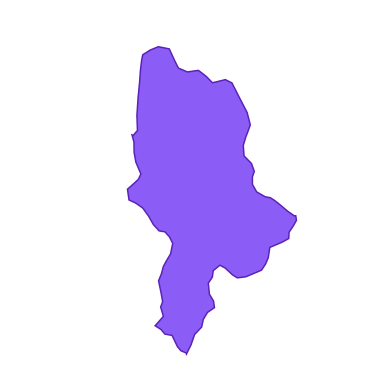 outline of Vimmerby, Kalmar, Sweden, rotated 67°
{"feature_id": "70781695B52045533675939", "entity_name": "Vimmerby", "entity_type": "district", "adm_level": 2, "iso_a3": "SWE", "parent_name": "Sweden", "parent_adm1": "Kalmar", "projection": "natural_earth1", "projection_center": [15.936, 57.699], "detail": "fine", "context": "isolated", "style": "filled", "palette": "violet", "viewbox_px": 384, "rotation_deg": 67, "n_neighbors": 0, "source": "geoboundaries", "source_scale": "gbopen_adm2", "svg_char_len": 1366}
<svg xmlns="http://www.w3.org/2000/svg" viewBox="0 0 384 384"><g transform="rotate(67 192 192)"><path d="M339.0,260.4L332.2,252.5L324.2,245.3L320.1,235.9L313.7,231.4L308.9,224.8L307.2,216.5L300.8,214.8L292.8,215.9L282.3,212.6L278.3,206.5L272.7,203.2L270.3,194.9L275.1,191.1L283.9,187.2L288.7,183.9L291.1,175.6L291.1,158.5L287.1,152.5L282.3,147.5L273.4,142.0L273.4,128.8L272.6,121.1L267.0,118.4L263.0,112.3L258.9,106.9L254.4,105.8L253.8,107.3L246.8,111.6L239.0,115.5L232.0,119.3L227.8,122.2L224.9,126.6L217.2,132.4L208.7,133.4L201.7,130.5L197.4,126.6L189.0,126.1L179.1,130.0L169.2,126.6L162.2,120.8L158.7,117.4L153.0,112.1L140.4,110.2L122.0,111.6L107.2,112.6L101.6,117.4L100.2,126.1L99.4,130.5L91.0,133.8L83.4,138.1L82.5,138.7L79.7,149.3L72.6,156.1L64.8,156.6L51.4,157.0L45.1,166.2L45.0,174.9L45.0,175.0L46.4,183.7L50.6,186.6L59.8,191.9L70.4,197.3L83.8,204.6L100.0,212.8L114.1,218.2L116.9,224.0L116.0,224.9L123.3,225.9L132.9,229.8L142.5,232.0L155.4,232.0L159.4,236.4L161.8,243.1L164.2,250.3L174.7,253.1L180.3,248.1L187.5,243.6L197.2,241.4L206.8,240.3L214.9,237.5L218.1,232.5L224.5,230.3L231.7,229.8L240.6,235.9L245.4,242.5L249.4,247.5L255.1,251.9L260.7,257.5L271.9,259.7L281.6,261.9L285.6,265.8L295.3,266.9L300.7,278.2L306.5,274.2L312.2,272.5L316.2,266.4L329.0,265.8L333.8,264.2L337.9,260.3L339.0,260.4Z" fill="#8b5cf6" stroke="#5b21b6" stroke-width="1.5"/></g></svg>